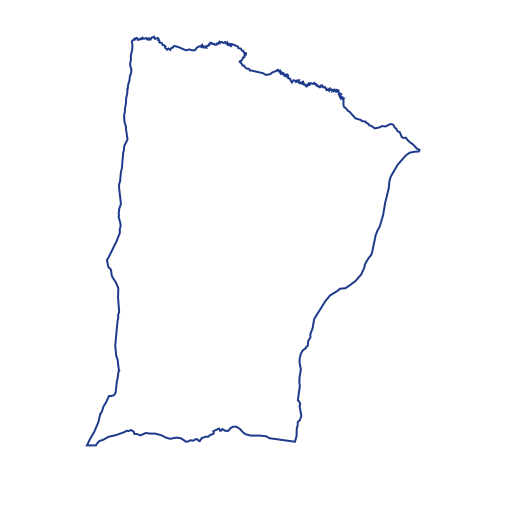 the district of Igunga, Tabora, United Republic of Tanzania, rotated 7°
{"feature_id": "72390352B54001884070734", "entity_name": "Igunga", "entity_type": "district", "adm_level": 2, "iso_a3": "TZA", "parent_name": "United Republic of Tanzania", "parent_adm1": "Tabora", "projection": "natural_earth1", "projection_center": [33.703, -4.378], "detail": "fine", "context": "isolated", "style": "outline", "palette": "blue", "viewbox_px": 512, "rotation_deg": 7, "n_neighbors": 0, "source": "geoboundaries", "source_scale": "gbopen_adm2", "svg_char_len": 5879}
<svg xmlns="http://www.w3.org/2000/svg" viewBox="0 0 512 512"><g transform="rotate(7 256 256)"><path d="M174.6,54.7L172.6,55.7L171.1,57.7L171.1,58.3L169.8,59.4L167.4,59.6L164.5,59.1L161.4,60.4L153.9,58.2L149.4,57.4L148.4,58.3L148.3,59.1L146.5,60.0L145.8,61.7L145.3,61.0L144.3,61.3L143.8,60.8L142.7,62.0L142.3,61.3L141.2,61.1L140.2,60.1L140.5,58.9L138.6,57.9L137.7,58.0L136.6,56.2L133.9,55.6L134.0,54.6L133.5,53.6L132.7,53.5L133.0,52.8L132.4,51.9L132.0,51.6L129.4,52.8L128.1,50.8L127.3,51.7L126.7,51.5L125.9,51.9L125.0,53.9L123.8,52.9L123.3,53.1L123.5,54.2L122.6,54.4L122.2,53.6L121.3,54.1L120.7,53.0L118.4,54.0L117.7,54.0L116.8,53.1L116.1,53.9L116.2,54.5L115.7,54.8L115.3,54.2L112.9,55.9L112.2,55.7L111.8,54.4L110.8,54.2L108.9,55.2L109.5,55.9L107.1,57.1L106.7,58.5L107.6,61.6L108.0,65.9L107.3,72.6L108.0,76.3L107.6,79.4L108.0,82.4L109.7,86.6L109.6,90.6L108.9,92.5L109.0,96.9L108.2,102.0L108.3,105.8L108.0,105.9L108.4,110.2L107.9,115.6L108.3,119.7L108.0,126.2L108.3,129.4L107.9,132.2L109.0,138.5L111.1,143.4L111.6,146.4L114.3,156.0L112.0,162.4L111.8,164.5L112.0,167.3L111.6,169.2L112.2,185.3L111.7,189.3L112.0,198.3L111.5,200.9L111.5,203.8L115.4,220.0L115.5,221.6L114.5,225.5L114.6,231.2L115.1,232.3L114.9,233.9L117.6,240.6L118.0,243.3L117.5,246.1L118.0,249.9L115.8,258.3L109.4,276.6L108.6,277.7L108.7,278.5L110.5,284.1L111.0,285.1L113.3,286.8L114.2,289.0L115.0,292.5L116.2,294.6L120.0,299.1L122.9,304.1L123.4,305.7L124.1,313.9L127.0,328.3L126.3,331.6L126.8,333.9L126.5,337.6L127.2,362.2L129.4,372.0L131.3,375.9L133.6,385.3L134.3,386.5L133.6,387.4L133.6,393.5L133.2,397.9L133.3,408.6L132.1,411.4L129.2,412.7L127.2,412.8L125.0,419.5L122.8,424.5L122.1,428.8L121.0,431.8L120.7,431.7L119.8,440.2L116.8,450.4L113.6,457.8L111.3,464.6L120.2,463.5L120.6,462.3L123.1,458.7L126.5,457.2L131.7,453.4L138.9,450.8L147.1,446.7L148.8,445.2L151.0,445.3L153.1,443.9L156.1,445.3L156.8,447.3L160.0,447.3L163.2,448.1L168.2,445.1L171.7,445.2L177.6,444.6L183.7,445.4L188.3,447.1L192.9,447.9L199.1,446.0L203.2,446.0L207.0,447.6L208.6,448.8L210.9,448.5L213.6,446.8L215.7,447.1L219.0,445.0L220.4,445.2L221.9,446.6L222.8,446.6L224.3,443.3L228.3,441.4L230.7,441.2L232.2,439.3L235.3,437.8L235.6,436.8L234.9,435.2L240.3,431.8L241.1,432.4L241.7,433.8L243.0,433.3L243.8,431.9L246.8,433.3L249.8,432.9L251.7,430.0L253.9,428.3L257.5,427.8L261.2,429.7L264.7,432.7L267.3,434.2L272.7,434.9L281.8,433.8L288.2,433.7L291.3,435.2L317.3,435.6L318.2,429.6L317.5,422.8L318.0,418.6L317.7,415.7L319.5,413.6L320.5,409.3L317.5,399.5L317.9,398.5L317.8,397.1L316.7,395.4L315.1,394.0L315.4,379.7L314.4,376.3L314.0,370.5L314.4,363.3L312.2,356.4L311.8,352.0L312.5,347.4L313.3,345.3L314.2,343.7L316.5,341.6L316.8,340.3L317.8,339.5L318.4,338.2L318.1,334.3L319.9,330.2L319.5,326.9L321.0,320.7L321.4,311.5L330.4,292.2L334.3,286.1L341.6,280.3L343.2,278.3L348.8,277.0L352.0,274.2L357.8,268.7L362.6,261.6L365.0,254.1L365.1,251.4L365.9,249.0L368.1,244.2L370.2,240.9L370.9,237.6L372.2,221.1L373.3,216.5L375.3,211.4L377.2,199.6L377.7,187.7L379.5,172.9L379.3,166.0L379.7,162.3L380.5,159.7L385.5,148.1L392.2,138.2L395.8,134.8L400.6,133.2L404.9,132.4L405.3,130.7L402.5,129.7L397.3,125.4L396.4,125.3L394.1,123.8L391.5,121.7L390.5,120.4L387.3,120.8L386.1,120.0L383.5,115.5L381.6,115.1L380.2,113.6L379.9,112.6L378.0,111.6L376.6,109.4L375.6,108.8L373.3,108.6L368.9,111.6L365.4,111.7L362.0,113.7L358.3,114.8L354.9,113.0L351.9,112.2L351.4,111.1L348.7,110.1L348.2,109.2L344.6,109.2L343.6,108.2L338.0,107.3L331.2,101.4L329.9,100.9L327.3,98.5L325.1,97.2L324.3,95.1L323.9,90.6L323.2,89.6L323.7,89.0L323.1,89.0L322.9,88.5L322.4,88.9L322.6,88.1L322.2,89.0L321.7,89.0L321.6,87.8L321.0,88.0L320.7,88.8L320.0,88.0L320.2,87.0L319.4,86.9L319.2,86.2L320.1,85.6L319.0,85.4L319.9,84.5L318.4,84.2L318.1,83.4L317.5,83.1L317.7,82.2L316.3,82.5L316.5,81.3L315.9,81.3L315.4,83.1L314.8,83.0L313.9,81.5L312.9,83.0L312.2,82.7L312.7,81.9L312.3,81.7L311.6,82.7L311.5,81.9L311.1,81.9L310.3,82.9L310.6,81.6L309.6,81.4L309.1,82.1L308.7,80.8L308.0,81.5L308.1,82.8L307.6,82.4L305.9,82.7L305.6,81.5L304.4,82.0L304.9,81.4L304.4,80.3L303.5,79.9L303.0,80.4L301.8,80.3L301.0,78.6L299.8,78.8L299.9,79.5L299.1,79.8L299.3,80.5L298.8,80.8L297.8,80.0L297.2,80.2L297.0,79.5L296.0,79.7L295.6,78.9L294.9,79.1L294.6,78.0L292.8,78.1L292.7,77.3L291.7,78.1L289.4,77.8L289.1,78.5L288.6,78.4L288.4,79.0L287.9,78.5L287.6,79.2L287.0,78.6L286.7,79.0L287.3,79.9L286.6,80.0L285.7,81.6L284.7,81.2L284.9,80.3L283.8,79.8L282.9,80.1L282.5,79.4L281.6,79.5L282.1,78.4L281.4,77.2L280.9,77.5L281.2,78.3L280.6,78.9L280.0,78.6L278.9,79.1L278.7,78.5L277.6,78.9L277.3,78.6L277.3,76.8L276.3,77.8L275.5,77.7L274.5,78.4L274.3,78.0L274.9,77.0L273.6,77.4L271.7,77.0L270.6,79.3L270.1,78.5L269.5,78.4L268.0,75.7L266.5,75.7L266.2,75.0L265.4,74.8L265.1,74.3L265.8,73.8L266.0,73.0L264.6,72.0L263.3,73.7L262.7,72.3L262.2,72.3L261.9,72.9L261.6,72.2L260.9,72.1L260.8,71.1L260.1,71.1L259.8,71.7L259.6,71.3L258.8,71.9L258.7,71.3L258.2,71.7L257.9,71.5L258.1,70.1L256.9,70.1L257.0,69.1L255.9,69.6L255.8,69.0L254.9,68.5L253.6,69.8L249.6,72.0L248.0,73.8L243.8,75.1L240.6,73.7L228.1,72.4L227.6,72.7L226.0,71.0L224.1,71.2L221.5,69.5L220.9,68.5L219.2,68.4L218.2,66.7L216.1,65.2L216.5,64.6L217.2,64.8L217.3,64.0L218.4,62.9L218.9,60.6L220.1,60.2L220.2,58.2L220.8,58.2L220.9,57.4L221.5,57.2L221.2,55.8L219.6,56.2L218.4,53.9L217.0,53.9L215.8,52.0L213.1,51.8L212.4,50.3L206.9,48.7L205.6,48.6L206.0,50.2L205.6,50.8L204.8,50.3L204.6,49.3L203.4,49.9L203.2,48.9L202.2,49.6L201.5,47.7L200.7,48.9L200.2,48.8L199.8,47.6L199.2,47.4L198.0,48.4L197.2,48.4L196.1,47.7L194.6,48.2L194.4,48.8L193.7,48.1L193.5,49.1L192.9,48.9L192.4,49.9L191.7,49.7L191.2,50.1L191.2,51.0L189.6,51.3L188.8,50.5L187.8,51.0L185.9,49.9L184.9,49.9L185.1,50.9L184.3,51.0L183.4,51.8L183.8,52.3L183.5,52.9L180.7,54.0L181.4,55.3L178.4,55.4L178.1,54.1L177.3,54.4L177.1,53.9L176.4,55.3L175.9,55.0L176.0,54.1L175.6,54.6L174.6,54.7Z" fill="none" stroke="#1e3a8a" stroke-width="2"/></g></svg>